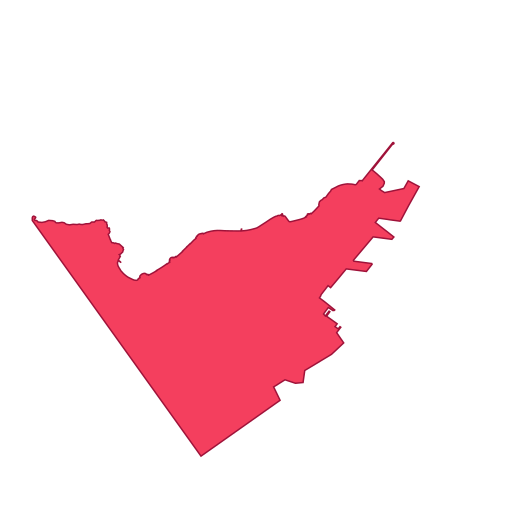 outline of Municipality B, Montevideo, Uruguay, rotated 150°
{"feature_id": "84410073B6453147989031", "entity_name": "Municipality B", "entity_type": "district", "adm_level": 2, "iso_a3": "URY", "parent_name": "Uruguay", "parent_adm1": "Montevideo", "projection": "robinson", "projection_center": [-56.188, -34.909], "detail": "fine", "context": "isolated", "style": "filled", "palette": "rose", "viewbox_px": 512, "rotation_deg": 150, "n_neighbors": 0, "source": "geoboundaries", "source_scale": "gbopen_adm2", "svg_char_len": 5004}
<svg xmlns="http://www.w3.org/2000/svg" viewBox="0 0 512 512"><g transform="rotate(150 256 256)"><path d="M223.5,136.9L224.5,149.3L218.2,151.9L218.6,152.8L221.2,151.8L222.9,155.3L219.6,156.7L225.0,168.6L219.9,170.8L220.3,171.7L226.0,169.4L226.5,172.0L223.2,173.5L219.1,175.2L216.7,170.3L215.4,169.7L214.8,169.9L219.2,181.4L222.0,188.0L220.0,189.0L218.9,190.0L208.4,194.3L207.2,191.3L195.6,195.5L184.3,199.7L168.1,187.4L159.6,190.8L159.5,191.6L173.9,202.6L173.8,203.6L145.0,214.0L130.0,202.5L127.1,203.5L130.4,211.8L132.0,215.7L135.9,225.4L130.8,227.4L124.0,222.1L121.8,220.3L113.9,214.2L113.4,214.1L98.7,223.3L80.0,234.5L86.6,245.0L94.2,240.5L112.9,246.6L114.7,250.0L115.6,252.3L111.2,252.9L109.8,253.9L108.5,254.9L107.7,256.2L107.9,259.1L108.5,261.2L108.8,262.2L109.3,263.7L110.3,266.9L110.8,268.2L111.3,269.6L111.9,271.2L112.5,272.4L81.8,284.6L81.7,284.4L81.4,284.5L80.9,284.2L80.3,284.4L80.2,284.6L80.1,284.9L80.1,285.2L80.2,285.5L80.5,285.7L80.9,285.8L114.5,272.7L126.5,268.0L126.8,268.5L127.4,268.9L128.8,269.4L128.9,269.7L131.1,268.8L133.0,268.0L133.8,267.9L134.5,268.1L135.8,269.3L137.3,270.5L139.0,271.6L140.7,272.7L142.5,273.5L144.9,274.4L147.5,275.1L149.8,275.5L152.1,275.6L157.4,275.9L158.9,274.9L160.4,274.4L161.9,273.9L166.1,272.0L168.2,272.4L170.4,271.7L172.2,271.7L174.0,271.2L175.3,269.8L175.9,269.1L176.4,267.9L180.3,266.7L183.7,265.7L185.1,265.4L187.0,265.0L187.0,265.3L187.2,265.6L187.5,265.6L189.0,265.6L189.0,265.9L189.3,265.9L189.4,266.3L189.7,266.5L190.2,266.6L190.6,266.5L190.8,266.2L190.9,265.9L191.3,265.8L191.3,265.5L192.7,265.4L192.9,265.3L193.0,265.2L193.0,264.9L193.2,265.0L193.2,264.8L194.5,264.8L195.8,264.9L197.9,265.3L200.0,265.8L206.6,267.7L209.1,268.5L210.0,269.1L210.3,270.2L210.9,275.7L211.2,276.3L211.6,276.6L212.0,276.8L212.5,276.8L212.5,277.2L212.6,277.6L212.3,277.6L212.3,277.9L213.4,277.8L213.6,278.0L213.6,278.9L212.8,278.9L212.3,279.1L212.1,279.3L212.2,279.5L212.3,279.6L212.8,279.4L213.4,279.2L215.3,279.2L215.8,279.7L216.7,280.1L217.8,280.1L219.0,280.5L221.4,280.7L225.2,280.7L230.9,280.3L237.2,280.0L238.9,279.9L241.1,279.9L242.2,280.1L243.4,280.4L247.1,281.4L251.2,282.8L253.7,283.9L256.3,285.1L255.0,286.4L255.2,286.6L256.6,285.3L259.3,286.8L265.7,290.6L270.3,293.4L273.8,295.7L276.6,297.4L279.5,298.8L282.6,300.0L286.6,301.1L290.4,301.5L290.4,301.9L290.4,302.0L290.5,302.1L291.0,302.2L291.0,302.3L291.1,302.5L292.3,302.7L292.3,302.9L292.8,303.0L293.2,303.1L293.6,303.2L294.1,303.4L294.4,303.4L294.8,303.4L295.2,303.4L295.6,303.3L296.0,303.1L296.4,303.0L296.8,302.8L297.1,302.8L297.3,302.8L297.3,302.5L298.3,302.3L298.5,302.2L298.9,302.0L299.0,301.9L299.1,301.7L299.1,301.3L302.0,300.8L306.9,299.4L307.0,299.6L310.0,298.8L311.3,298.6L311.3,298.4L317.3,296.9L317.3,296.6L321.3,295.8L325.3,295.0L325.4,295.4L325.9,295.3L326.0,295.7L327.5,295.5L327.9,295.6L328.2,295.7L328.5,295.9L328.5,296.3L328.9,296.2L329.0,296.6L329.3,296.8L330.0,297.0L331.0,297.0L332.0,296.6L332.4,296.3L332.5,296.0L332.5,295.7L332.9,295.7L332.9,295.3L333.1,295.0L333.3,294.8L333.7,294.8L333.7,293.8L337.1,293.5L337.1,293.8L340.1,293.5L343.1,293.3L346.3,293.2L349.4,293.2L349.4,292.9L353.3,292.9L358.6,293.1L358.6,293.7L359.0,293.7L359.3,294.0L359.5,294.2L359.5,294.6L360.1,294.7L360.2,295.7L360.6,296.2L361.0,296.6L361.8,297.0L362.5,297.2L363.2,297.3L363.8,297.4L364.5,297.3L365.1,297.2L365.8,297.0L366.4,296.8L366.9,296.3L367.2,295.7L367.3,295.2L367.8,295.3L368.2,295.3L368.4,295.3L368.6,295.1L368.9,295.1L369.5,295.1L369.7,294.8L370.0,294.6L371.2,294.5L371.9,294.8L372.7,295.4L373.4,295.9L374.4,297.1L377.3,301.4L378.2,303.2L379.0,305.3L379.6,307.1L380.0,309.0L380.4,310.7L380.4,312.7L380.5,314.5L380.4,316.5L380.2,317.4L379.9,318.2L379.5,319.2L378.9,319.9L377.4,320.8L376.6,319.0L376.5,318.4L376.3,318.4L376.4,319.0L377.4,321.3L373.9,323.4L374.1,323.7L373.8,323.9L373.6,324.3L373.6,325.2L373.7,325.6L372.3,325.4L369.3,326.2L368.6,327.1L367.5,327.8L367.3,329.7L366.8,329.8L368.4,334.7L370.9,336.9L370.9,337.2L371.6,337.7L372.2,337.6L373.2,339.1L373.7,339.2L374.3,339.8L374.2,340.9L374.1,342.2L373.9,342.9L374.0,343.0L373.1,348.7L371.5,349.2L370.3,350.1L370.2,351.6L369.3,352.6L369.2,353.8L370.4,354.2L370.6,354.7L370.6,355.1L370.5,355.5L370.0,356.0L369.3,357.4L369.4,358.2L368.5,359.8L369.8,361.3L369.7,361.8L370.1,363.5L370.6,363.5L371.7,364.4L372.6,365.0L373.4,365.0L373.9,365.3L375.5,366.0L376.2,366.6L376.8,366.7L378.9,366.2L381.4,367.6L383.6,367.2L385.4,368.0L387.3,369.0L390.3,369.9L391.8,370.8L393.1,372.0L395.2,372.7L398.5,374.9L401.9,376.2L404.4,378.3L405.5,380.7L407.2,382.2L410.3,383.3L412.3,384.5L412.8,385.3L412.9,386.6L414.5,388.3L417.7,390.5L421.4,391.0L424.6,392.1L427.6,394.3L427.8,394.5L427.8,395.1L428.0,395.8L428.4,396.5L429.2,397.1L429.7,397.3L429.7,398.0L429.6,398.7L429.1,398.8L427.9,399.2L427.4,399.7L427.6,400.3L428.3,401.4L428.8,401.8L429.8,401.7L430.7,400.9L432.0,398.6L417.9,255.0L403.7,110.2L307.3,119.0L306.2,133.8L292.8,134.3L285.5,126.1L278.5,122.9L271.0,132.5L239.7,133.1L223.5,136.9Z" fill="#f43f5e" stroke="#9f1239" stroke-width="1.5"/></g></svg>